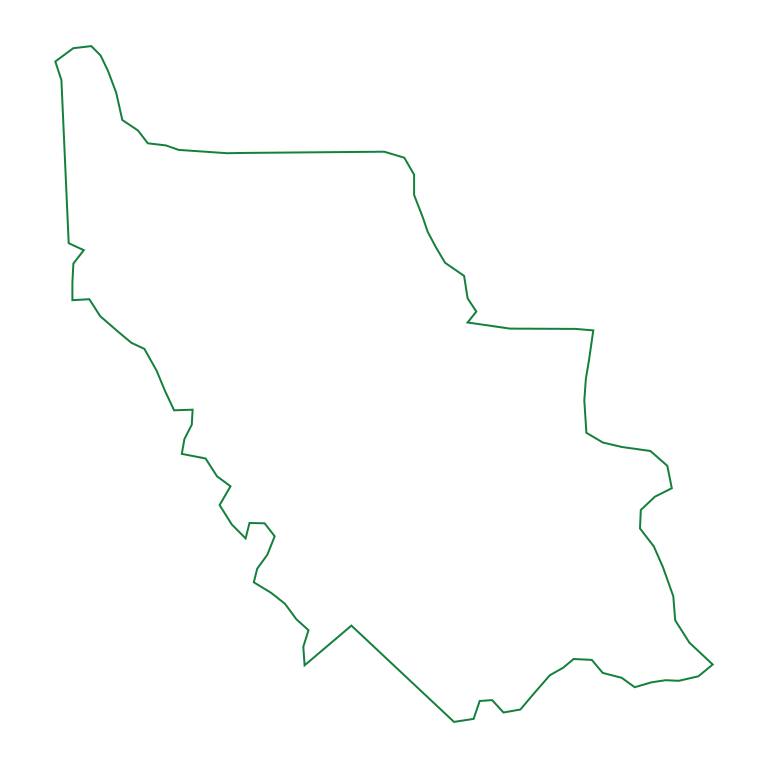 the district of Doutor Ricardo, Rio Grande do Sul, Brazil
{"feature_id": "56859067B19078379689297", "entity_name": "Doutor Ricardo", "entity_type": "district", "adm_level": 2, "iso_a3": "BRA", "parent_name": "Brazil", "parent_adm1": "Rio Grande do Sul", "projection": "orthographic", "projection_center": [-51.977, -29.086], "detail": "fine", "context": "isolated", "style": "outline", "palette": "green", "viewbox_px": 768, "rotation_deg": 0, "n_neighbors": 0, "source": "geoboundaries", "source_scale": "gbopen_adm2", "svg_char_len": 1344}
<svg xmlns="http://www.w3.org/2000/svg" viewBox="0 0 768 768"><path d="M55.3,61.5L61.4,80.0L68.7,243.2L83.8,250.2L73.4,263.5L72.4,282.3L72.4,300.2L89.3,299.2L100.2,316.2L119.0,332.5L131.4,342.8L144.4,348.9L156.6,370.7L165.3,391.6L174.1,410.3L192.6,409.7L191.8,424.6L184.4,439.1L181.8,453.9L205.6,458.5L217.0,476.3L230.5,486.3L219.6,505.1L231.8,524.5L245.6,538.4L249.5,523.0L264.6,523.3L274.7,536.3L267.3,554.8L257.2,568.7L253.8,582.3L271.2,592.9L285.0,603.8L296.4,619.3L308.5,630.2L303.3,646.8L304.6,665.3L351.4,625.6L454.0,721.9L473.6,718.9L479.7,701.0L492.1,700.1L503.5,712.5L520.4,709.5L533.4,694.1L549.8,675.3L563.2,667.7L573.6,659.0L591.8,659.9L602.7,672.9L621.7,677.8L634.7,687.2L651.6,682.3L665.6,680.2L678.8,680.8L698.4,676.3L712.7,664.5L689.4,642.7L675.2,620.3L673.3,596.3L663.0,567.3L653.8,546.4L640.0,528.5L640.8,510.0L654.9,496.7L671.8,488.2L667.3,465.8L650.4,451.0L621.8,447.0L602.8,442.5L586.4,432.8L584.3,400.4L585.9,378.6L589.0,360.1L591.2,344.9L593.3,330.4L575.5,328.9L509.9,328.6L467.6,322.5L476.3,311.6L467.6,298.3L464.1,275.9L445.1,262.8L435.8,247.1L427.6,231.6L422.8,217.4L414.1,195.0L414.1,174.7L404.3,157.7L384.2,151.7L246.8,152.9L226.9,153.2L178.7,149.9L165.8,145.4L147.8,143.3L138.0,130.5L122.3,120.0L116.2,92.7L108.0,70.9L100.6,55.5L91.3,46.1L73.3,48.2L55.3,61.5Z" fill="none" stroke="#15803d" stroke-width="2"/></svg>